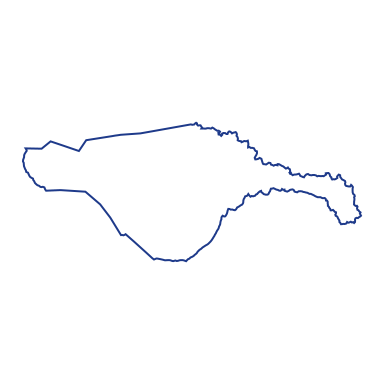 Ruy Barbosa, Bahia, Brazil (Mercator projection)
{"feature_id": "56859067B94227809575863", "entity_name": "Ruy Barbosa", "entity_type": "district", "adm_level": 2, "iso_a3": "BRA", "parent_name": "Brazil", "parent_adm1": "Bahia", "projection": "mercator", "projection_center": [-40.44, -12.266], "detail": "fine", "context": "isolated", "style": "outline", "palette": "blue", "viewbox_px": 384, "rotation_deg": 0, "n_neighbors": 0, "source": "geoboundaries", "source_scale": "gbopen_adm2", "svg_char_len": 5543}
<svg xmlns="http://www.w3.org/2000/svg" viewBox="0 0 384 384"><path d="M193.8,255.8L194.5,255.0L195.6,254.2L196.8,253.1L197.7,251.6L198.7,250.7L199.5,249.8L200.6,249.2L201.6,248.4L202.5,247.5L203.6,246.8L204.8,246.0L205.9,245.3L207.2,244.6L208.3,243.8L209.5,242.6L210.6,241.5L211.7,240.1L212.8,238.4L213.9,236.6L214.5,235.7L214.9,234.7L215.8,233.4L216.4,232.0L217.2,230.5L218.2,229.1L218.7,228.0L219.1,226.4L219.7,225.4L220.2,224.1L220.4,222.3L220.8,220.6L221.4,219.3L221.4,217.9L221.8,216.7L222.7,215.7L224.1,216.5L225.3,216.3L226.1,215.1L226.9,213.6L227.3,212.2L227.6,210.7L228.3,208.9L229.6,209.0L230.7,209.6L232.3,209.5L233.7,210.0L234.9,210.2L235.9,209.5L236.6,208.5L237.1,207.5L238.5,206.8L239.6,206.1L240.5,205.4L242.1,204.6L243.0,203.3L243.3,202.1L243.3,200.9L243.7,199.2L244.6,197.7L245.2,196.3L246.9,195.9L247.7,195.0L248.3,194.0L249.4,195.6L250.5,196.7L251.7,196.0L253.1,196.3L255.1,195.7L256.0,194.5L257.1,194.1L257.9,193.1L258.7,192.3L259.8,191.4L261.1,190.9L261.4,192.2L262.5,192.9L263.7,194.1L265.9,194.7L267.7,194.6L268.6,193.8L269.1,192.5L270.0,191.3L270.5,189.7L270.9,188.7L272.1,188.6L273.5,188.2L274.8,188.8L275.7,189.3L276.8,189.7L277.9,189.9L278.9,190.5L280.2,190.8L281.2,190.3L282.0,189.0L283.1,189.8L284.5,189.6L284.6,190.8L285.8,191.2L287.2,191.6L288.9,190.8L289.8,190.0L291.1,189.6L292.7,189.4L293.9,190.2L294.5,191.6L295.8,192.0L297.2,192.3L298.6,191.3L300.4,191.2L302.1,191.4L303.2,191.9L304.5,192.1L305.9,192.5L307.5,192.8L309.5,193.9L310.9,193.9L313.0,194.9L314.2,195.5L315.1,196.1L316.2,196.6L317.7,197.2L319.0,197.2L320.5,197.2L321.8,197.9L322.9,198.2L324.7,198.0L325.8,199.1L326.0,200.5L327.1,200.6L327.7,201.8L327.7,203.4L327.9,204.6L327.9,205.9L328.8,206.7L329.3,207.9L330.1,208.7L330.6,210.3L331.7,210.3L333.0,209.9L334.1,211.0L335.0,212.0L336.0,212.3L335.9,213.8L335.3,214.7L335.7,215.8L336.7,216.2L337.5,217.0L338.0,218.3L338.6,219.3L339.4,220.6L339.4,222.0L340.3,222.9L341.0,224.2L342.2,224.1L343.3,223.9L344.7,224.0L346.3,223.5L347.1,222.0L348.2,222.7L349.2,222.5L350.8,221.7L352.0,222.5L353.2,222.1L354.1,223.0L355.0,222.1L355.1,220.7L355.0,219.4L355.5,218.3L356.7,217.8L357.9,218.1L359.1,217.1L360.0,216.6L361.0,215.7L359.9,213.6L360.5,212.4L359.3,211.5L358.4,210.2L357.4,209.8L357.0,208.1L357.5,206.7L356.9,205.8L355.9,206.0L354.7,205.3L354.0,204.4L354.1,203.2L354.1,201.6L354.4,199.8L354.4,198.4L354.1,197.2L354.8,196.2L354.4,194.9L353.2,193.9L352.7,192.5L352.6,191.0L352.6,189.8L352.6,188.7L352.9,187.1L351.9,185.6L351.1,184.9L350.3,186.4L349.0,186.5L347.9,186.3L346.1,185.9L345.3,185.0L345.0,183.7L345.4,182.3L345.0,181.0L343.5,180.1L342.0,179.4L341.2,178.2L340.3,177.1L340.1,175.2L338.8,174.6L337.8,175.6L337.1,176.5L337.3,178.0L335.9,178.9L334.7,179.4L333.3,179.2L332.2,179.5L331.5,178.6L331.4,177.4L330.2,176.3L329.6,174.2L328.5,173.0L326.9,173.1L325.8,173.3L326.1,174.6L324.8,175.4L323.7,176.2L322.7,176.0L321.6,176.1L320.2,176.1L318.6,175.9L317.2,176.3L316.0,175.4L314.3,175.0L312.8,175.0L311.4,175.3L309.5,175.0L308.0,174.0L306.4,174.4L304.8,175.9L304.0,177.3L302.8,177.0L301.8,176.5L300.3,175.9L299.7,174.6L299.0,173.7L297.4,174.2L296.1,174.5L294.9,174.5L293.8,174.7L292.7,175.2L291.5,174.2L290.1,173.8L289.6,172.8L290.7,172.5L290.0,171.4L290.1,170.2L289.8,169.2L288.5,168.5L287.9,167.5L287.0,168.1L285.9,168.6L284.6,167.6L283.4,166.5L281.9,165.9L280.3,164.9L278.8,164.1L277.6,164.1L277.5,165.3L275.7,164.9L274.6,165.1L273.7,165.7L272.4,165.0L271.0,164.6L270.4,163.0L268.8,162.7L267.5,163.6L266.1,164.5L264.6,164.2L263.3,164.1L262.7,163.1L262.0,160.9L261.4,158.8L259.6,157.9L258.3,158.8L256.5,159.3L255.3,159.4L254.7,157.8L255.5,156.3L256.5,154.6L257.0,153.1L256.9,151.3L255.6,151.0L254.7,149.8L254.0,148.3L252.6,147.9L250.7,147.9L249.3,146.9L248.1,147.4L248.1,146.0L248.4,144.1L248.2,142.8L247.8,140.7L246.2,141.3L244.2,141.0L242.6,141.8L241.5,142.2L241.0,141.2L239.2,141.0L237.7,140.3L237.9,138.3L237.3,136.7L236.5,135.8L236.9,134.5L236.7,133.4L235.7,132.1L234.2,132.5L233.0,132.8L232.0,133.4L231.3,132.6L230.5,131.8L229.2,131.4L228.1,132.4L227.5,134.0L226.4,134.0L225.2,133.1L223.4,133.0L222.1,133.6L222.3,134.7L221.2,135.9L220.1,134.7L218.6,134.5L218.4,132.9L219.5,132.8L220.0,131.6L218.7,130.7L217.3,130.8L216.0,130.0L214.9,129.3L213.7,128.3L212.3,127.6L211.0,128.6L209.0,128.2L207.1,128.2L205.9,128.6L204.5,128.6L203.0,128.5L201.5,128.5L202.1,127.6L201.4,126.8L200.5,125.3L199.2,125.3L198.1,125.6L197.0,124.5L197.0,123.4L196.1,122.8L195.2,123.4L194.2,124.5L192.2,124.8L190.9,124.4L153.3,131.1L140.3,133.4L120.6,134.8L118.1,135.2L115.1,135.6L112.3,136.1L86.2,140.2L78.9,151.0L71.0,148.3L62.8,145.5L50.6,141.4L41.6,148.7L25.6,148.4L26.4,149.7L26.7,150.8L26.0,151.8L25.1,153.2L24.4,154.4L24.1,155.7L24.1,157.1L23.6,158.5L23.1,159.9L23.0,161.5L23.7,162.8L23.8,164.2L24.0,166.2L24.6,167.7L25.1,169.0L25.9,170.3L26.2,171.9L28.0,172.7L28.8,174.6L29.4,175.8L30.0,176.8L31.4,177.8L33.0,178.6L33.3,180.1L34.2,181.2L34.9,182.9L36.1,184.1L37.4,185.2L39.1,185.8L40.4,186.9L41.5,187.1L42.8,186.8L44.4,187.4L45.2,189.5L46.1,190.7L60.4,190.1L85.4,191.7L100.2,204.4L102.7,207.7L110.2,217.5L111.5,219.6L121.0,235.1L122.1,235.0L123.5,235.3L124.7,234.8L125.6,234.2L133.9,241.5L146.3,252.7L152.3,258.2L154.0,259.5L155.4,258.9L156.5,258.5L157.6,258.6L158.6,258.8L160.1,259.1L162.4,259.6L165.0,260.3L166.7,260.2L168.7,260.1L170.0,260.2L171.0,260.5L172.3,261.0L173.4,261.1L175.3,260.5L176.8,261.0L178.1,260.8L179.5,260.3L180.9,260.1L182.6,260.1L183.9,260.4L185.0,260.8L186.1,261.2L187.0,260.2L188.0,259.2L189.3,258.7L190.5,257.5L192.4,256.7L193.8,255.8Z" fill="none" stroke="#1e3a8a" stroke-width="2"/></svg>